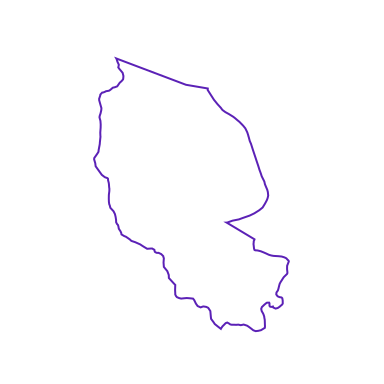 the district of Pascal, Saint Lucia, rotated 51°
{"feature_id": "8701671B58858754832343", "entity_name": "Pascal", "entity_type": "district", "adm_level": 2, "iso_a3": "LCA", "parent_name": "Saint Lucia", "parent_adm1": "", "projection": "natural_earth1", "projection_center": [-60.89, 13.902], "detail": "fine", "context": "isolated", "style": "outline", "palette": "violet", "viewbox_px": 384, "rotation_deg": 51, "n_neighbors": 0, "source": "geoboundaries", "source_scale": "gbopen_adm2", "svg_char_len": 4178}
<svg xmlns="http://www.w3.org/2000/svg" viewBox="0 0 384 384"><g transform="rotate(51 192 192)"><path d="M121.5,114.6L120.9,115.1L104.9,129.2L40.6,166.8L41.2,166.9L42.4,167.4L43.9,168.0L46.4,168.6L47.1,168.8L48.8,170.9L50.9,171.0L55.7,170.9L58.5,172.2L58.7,172.3L60.2,173.7L61.1,174.7L61.5,177.0L61.6,179.4L62.5,182.5L62.7,183.1L62.8,183.8L62.4,184.9L62.0,186.1L61.1,187.9L61.2,190.1L61.2,190.7L61.2,191.3L61.1,192.6L60.6,193.6L59.6,195.3L59.4,196.3L58.9,198.1L58.2,199.3L58.6,201.9L59.2,202.5L60.8,205.0L61.1,205.5L62.3,206.4L67.4,208.6L69.8,209.6L71.3,211.0L73.5,213.8L73.6,214.0L74.6,215.6L75.6,216.8L77.0,217.5L79.1,218.4L82.1,220.5L84.6,222.6L84.8,222.8L88.1,225.9L90.9,228.0L91.4,228.3L95.7,232.6L96.6,233.4L97.9,234.9L98.8,236.0L99.0,236.2L100.6,238.1L101.9,239.4L102.3,240.5L102.5,241.1L103.4,244.1L103.5,244.5L104.1,246.6L105.0,247.5L108.8,249.1L110.4,250.1L111.1,250.5L111.4,250.7L118.3,251.1L121.9,251.3L124.9,250.6L125.9,250.3L126.5,249.9L128.0,249.0L128.7,248.9L129.5,249.4L130.2,249.9L132.2,250.8L132.6,251.0L133.9,251.8L135.0,252.6L135.6,253.0L136.8,253.8L137.4,254.1L139.2,255.6L141.8,258.3L142.6,259.0L145.0,261.0L147.4,262.8L149.4,264.0L150.8,264.4L151.2,264.6L152.9,265.4L157.6,265.1L160.7,265.8L163.2,267.0L165.8,268.5L167.8,270.0L169.7,270.4L171.0,270.3L172.3,270.8L174.5,272.0L177.5,272.3L179.1,272.7L180.6,273.5L183.6,272.4L185.2,271.5L189.6,270.2L191.0,270.0L191.8,269.9L193.4,268.9L195.3,267.7L200.2,265.2L202.2,264.6L203.7,264.1L206.5,263.1L207.9,262.6L209.8,259.9L210.9,258.5L212.0,258.1L213.2,257.6L213.9,258.0L215.1,258.5L215.9,258.3L216.5,258.0L217.2,257.6L218.2,256.3L218.8,256.0L220.9,255.0L223.7,254.7L224.5,255.1L225.8,255.6L228.9,258.5L232.5,261.0L238.0,261.0L241.3,262.1L241.9,262.3L242.4,262.7L244.3,264.1L251.2,263.7L253.7,263.5L257.5,266.8L260.5,269.0L261.1,269.5L262.7,269.9L264.2,269.9L266.3,268.8L268.0,267.5L269.3,265.5L271.1,262.8L273.2,260.6L275.5,258.3L277.4,258.3L281.2,259.2L284.2,259.4L287.1,257.9L287.8,255.8L288.1,255.2L288.5,254.8L290.3,253.2L292.0,252.4L292.3,252.3L296.1,252.7L301.0,256.0L302.6,257.0L307.0,257.2L308.9,257.4L312.6,256.6L316.5,255.7L316.4,255.5L315.6,252.9L315.4,250.9L315.1,248.4L315.5,247.2L315.6,246.8L317.2,246.1L319.0,245.6L320.0,244.8L321.4,243.1L323.0,241.3L324.3,239.4L326.2,237.9L327.5,235.3L328.7,234.5L330.1,233.6L330.8,233.2L333.3,232.5L335.7,231.9L338.0,231.4L340.2,230.1L341.7,227.7L341.9,227.2L342.8,225.4L343.4,220.9L342.3,219.8L341.2,219.0L339.5,217.7L337.1,215.9L335.2,214.9L334.3,214.3L332.2,213.5L331.1,213.2L328.5,212.8L326.4,211.8L325.4,210.1L325.2,207.8L325.1,206.5L325.1,204.0L325.2,203.4L326.5,201.7L327.2,201.8L327.7,202.2L329.2,203.4L330.4,203.4L331.7,202.1L331.9,201.2L333.0,201.5L335.2,200.4L336.1,198.4L336.3,196.3L336.2,193.6L336.2,192.7L335.7,191.6L333.4,189.8L331.4,188.7L331.0,188.7L330.3,188.8L328.7,190.2L326.9,191.1L324.7,191.0L323.5,189.9L323.0,188.9L322.9,188.3L322.5,187.1L321.4,185.5L319.5,183.0L318.5,181.6L317.7,179.7L317.0,177.5L316.3,175.5L315.9,174.1L315.5,169.8L315.2,169.1L314.7,168.6L314.0,168.1L312.6,167.2L312.1,166.9L311.2,166.2L309.2,164.5L307.2,161.0L307.0,160.6L306.6,160.3L305.8,160.2L304.4,160.4L303.2,160.4L302.5,160.6L301.0,161.3L298.6,162.9L296.3,165.2L294.3,167.4L292.9,168.9L291.4,170.2L290.3,171.0L289.1,171.8L286.6,173.0L284.1,174.3L282.5,175.2L281.4,175.8L279.4,177.3L278.3,178.2L277.2,179.5L276.4,179.9L275.0,179.4L273.6,178.5L271.9,177.4L271.2,177.0L269.8,175.6L269.1,175.0L268.3,173.4L268.1,173.2L237.6,184.3L237.9,183.9L239.8,178.5L242.8,172.8L244.1,169.0L245.9,164.0L246.6,162.1L247.8,157.0L248.5,151.2L248.5,146.9L247.1,142.9L246.4,141.2L245.5,139.1L244.9,138.0L244.2,136.9L243.5,136.0L242.6,134.9L241.9,134.5L239.8,133.1L237.6,132.1L234.1,131.1L231.8,130.4L229.4,129.2L224.0,128.0L223.3,127.8L221.3,127.0L219.0,126.2L217.2,125.6L213.2,124.0L208.6,122.3L206.0,121.3L198.0,118.3L191.6,115.8L191.3,115.7L190.8,115.6L188.7,115.0L184.9,113.3L184.3,113.1L183.5,112.7L180.4,111.5L176.1,110.5L172.7,110.5L167.3,111.0L164.9,111.5L161.6,112.1L159.9,112.5L159.2,112.7L154.6,114.3L150.9,115.8L147.5,116.7L146.3,116.7L145.0,116.6L139.8,116.9L134.1,116.9L128.7,116.3L122.6,115.6L121.5,114.6Z" fill="none" stroke="#5b21b6" stroke-width="2"/></g></svg>